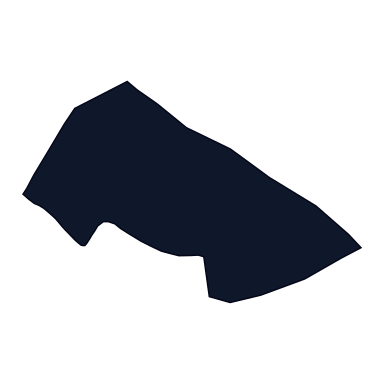 outline of Marisule/Top Of The World/Belle Ville, Gros Islet, Saint Lucia
{"feature_id": "8701671B20786089058501", "entity_name": "Marisule/Top Of The World/Belle Ville", "entity_type": "district", "adm_level": 2, "iso_a3": "LCA", "parent_name": "Saint Lucia", "parent_adm1": "Gros Islet", "projection": "equal_earth", "projection_center": [-60.967, 14.044], "detail": "fine", "context": "isolated", "style": "filled", "palette": "ink", "viewbox_px": 384, "rotation_deg": 0, "n_neighbors": 0, "source": "geoboundaries", "source_scale": "gbopen_adm2", "svg_char_len": 797}
<svg xmlns="http://www.w3.org/2000/svg" viewBox="0 0 384 384"><path d="M127.2,81.5L74.8,108.4L64.4,123.9L47.7,152.0L33.9,174.9L26.7,188.5L23.0,194.2L29.1,199.5L34.4,203.5L38.7,205.2L43.8,208.3L48.3,212.1L52.4,215.7L55.5,218.6L58.2,221.7L61.9,226.2L65.4,230.1L68.2,232.9L72.2,237.1L75.1,240.1L78.9,243.4L81.0,245.1L83.2,245.6L84.9,245.5L86.9,243.1L89.6,238.9L92.1,234.7L94.8,230.8L97.6,226.0L103.4,221.6L108.5,221.7L114.8,223.8L120.6,228.5L128.3,233.4L141.1,241.2L150.8,246.1L161.3,251.1L169.0,253.2L178.9,255.7L190.0,255.5L198.3,255.1L203.8,256.7L209.3,296.6L221.7,300.1L230.1,302.5L260.9,295.1L304.8,278.9L341.0,258.2L361.0,247.7L357.3,243.8L348.6,234.5L316.0,206.0L269.3,177.5L230.5,149.1L186.4,127.7L157.3,104.0L137.0,89.8L127.2,81.5Z" fill="#0f172a" stroke="#020617" stroke-width="1.5"/></svg>